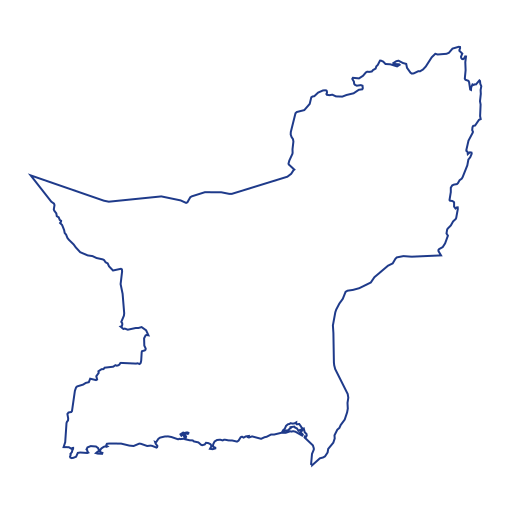 SVG path tracing the border of Baluchistan
{"feature_id": "PAK-1108", "entity_name": "Baluchistan", "entity_type": "Province", "adm_level": 1, "iso_a3": "PAK", "parent_name": "Pakistan", "parent_adm1": "", "projection": "natural_earth1", "projection_center": [66.028, 28.477], "detail": "fine", "context": "isolated", "style": "outline", "palette": "blue", "viewbox_px": 512, "rotation_deg": 0, "n_neighbors": 0, "source": "natural_earth", "source_scale": "10m", "svg_char_len": 5950}
<svg xmlns="http://www.w3.org/2000/svg" viewBox="0 0 512 512"><path d="M420.0,71.3L423.0,69.5L425.8,66.5L431.7,57.3L435.3,53.8L437.6,54.5L446.5,53.8L448.9,52.8L452.5,48.6L458.7,46.8L460.0,47.0L460.1,48.1L459.4,50.0L459.4,50.8L462.3,53.6L461.0,56.7L461.2,57.9L462.1,59.0L463.0,59.2L464.0,58.5L465.2,56.4L466.0,56.5L465.3,62.2L465.6,70.2L464.8,78.7L465.5,79.8L468.4,80.8L469.1,82.2L470.2,89.5L471.0,89.9L471.1,87.6L472.5,84.4L473.7,85.0L474.5,84.4L476.0,84.4L479.4,80.4L480.0,81.0L480.3,83.9L481.3,86.2L480.6,90.0L480.8,93.9L480.0,101.2L480.6,104.5L480.1,116.1L480.7,119.1L479.0,119.8L475.1,125.5L473.2,125.9L472.5,127.2L472.2,130.1L472.9,131.6L472.8,132.5L468.5,140.6L466.3,150.2L466.4,150.9L467.5,151.7L467.8,154.1L469.9,152.3L471.5,152.6L471.7,153.7L470.2,157.3L468.4,159.5L467.3,165.4L462.6,177.2L461.7,178.7L459.6,180.2L457.9,183.2L456.9,184.1L453.9,184.6L452.2,185.4L450.8,187.7L450.8,192.1L449.5,200.0L450.0,200.7L452.3,201.0L453.8,201.9L454.1,202.6L454.1,206.6L455.5,208.5L457.0,207.3L457.7,207.3L457.8,209.1L456.2,217.9L455.7,219.0L453.1,221.4L450.8,225.5L447.6,228.7L447.1,229.8L446.5,233.4L447.9,235.7L445.1,243.4L442.7,247.1L439.1,249.1L438.4,250.1L438.5,251.2L441.0,255.4L411.7,256.7L403.4,256.1L396.8,257.4L395.4,258.8L392.7,263.4L388.0,265.7L374.4,277.2L370.8,282.5L359.2,288.2L353.0,289.9L347.5,290.7L345.6,291.8L342.8,298.8L339.4,303.5L336.2,309.6L335.3,312.3L332.9,325.4L333.4,333.1L333.9,362.4L334.2,365.3L335.2,369.1L347.7,394.0L348.3,397.7L347.5,402.9L347.8,408.6L347.1,412.4L344.7,419.6L340.7,425.0L339.4,427.9L337.3,429.7L334.5,435.3L334.7,438.5L333.3,442.7L328.2,448.9L327.6,452.5L325.0,456.4L323.0,457.5L319.9,458.3L312.2,465.2L312.2,464.8L311.1,464.1L312.0,453.9L313.8,449.6L313.8,448.3L312.9,445.4L304.6,437.5L304.9,436.4L306.1,436.7L306.7,435.6L306.5,434.0L304.7,432.2L303.8,428.6L302.9,429.2L302.5,428.4L301.9,428.7L301.2,426.8L299.2,424.0L296.8,424.3L296.1,423.6L296.2,422.4L294.4,423.4L292.7,423.6L290.5,423.2L289.6,423.9L287.9,424.3L286.1,425.8L284.7,428.9L283.3,430.0L282.6,431.2L288.3,430.2L289.7,428.6L290.6,428.3L290.5,427.2L294.3,426.6L295.1,427.6L296.9,428.4L298.5,430.8L300.1,429.9L301.1,430.1L301.9,430.8L300.2,432.4L302.2,433.8L302.8,434.7L302.2,435.6L295.4,431.7L293.1,431.2L291.5,431.6L290.2,431.3L285.7,432.8L281.3,432.8L274.3,434.5L271.1,434.5L266.6,436.8L264.6,437.2L261.1,438.8L252.1,436.4L248.9,437.5L248.0,437.2L248.6,436.0L245.8,436.4L243.6,437.6L242.0,436.7L240.7,437.2L238.5,440.7L237.0,441.6L232.3,440.5L228.5,440.4L225.6,439.8L224.1,439.7L222.7,440.4L220.1,439.7L217.0,440.0L214.6,441.5L213.3,444.0L213.0,445.5L213.3,446.8L215.3,447.7L215.3,448.4L212.6,449.2L210.0,448.8L211.3,446.5L211.3,445.5L210.5,444.2L208.3,443.1L206.0,442.8L204.7,444.5L202.2,445.2L201.1,444.8L198.4,442.4L193.8,441.4L192.7,440.4L189.8,440.3L185.4,439.3L186.1,436.4L184.9,435.3L184.9,434.0L186.0,433.6L187.7,433.9L188.2,433.7L188.4,432.8L187.1,432.4L183.6,433.1L183.1,432.6L179.7,434.8L180.7,434.4L181.4,435.7L182.6,434.6L183.2,434.6L184.7,437.6L183.8,438.8L180.2,439.1L179.4,438.8L178.1,439.3L171.4,437.0L168.1,436.4L164.8,436.5L160.1,437.6L158.4,438.8L156.3,441.9L155.8,442.3L155.1,442.0L155.7,443.7L157.4,446.0L157.1,447.2L156.5,447.6L152.2,445.9L150.6,445.6L147.2,446.0L140.9,443.8L139.3,443.6L133.6,446.0L129.4,445.6L121.1,443.6L109.3,443.5L106.9,443.8L106.3,445.0L106.4,445.8L107.4,446.4L106.5,446.8L105.2,446.4L103.8,446.8L101.4,448.4L100.3,449.8L100.1,451.6L100.7,452.3L102.4,452.9L102.1,453.8L97.7,453.6L96.0,453.1L97.7,451.6L98.9,451.3L99.1,450.6L98.1,448.1L96.0,446.5L90.7,446.1L87.5,447.4L86.5,449.4L87.2,450.1L87.4,451.4L88.3,452.6L87.3,453.0L80.2,452.5L77.8,452.9L76.1,456.7L73.4,457.8L71.6,458.1L70.4,457.6L70.0,456.7L70.7,454.8L70.4,454.0L71.9,452.1L72.3,450.4L73.1,448.8L73.1,447.9L72.3,448.0L71.5,448.8L68.8,447.2L63.6,447.1L65.2,442.2L66.5,423.1L67.0,421.7L68.0,420.5L68.2,418.5L67.4,414.0L68.5,412.5L71.3,412.0L72.0,411.0L74.9,390.8L76.1,387.4L77.2,386.4L83.1,384.6L85.8,382.9L88.8,382.2L90.2,378.7L96.0,380.1L97.1,379.5L96.3,376.2L98.7,372.9L98.4,371.3L101.5,369.2L103.5,369.1L104.6,367.7L113.2,366.7L115.4,365.2L116.8,365.7L118.3,365.3L119.4,364.6L120.3,363.1L120.8,362.9L136.1,363.6L137.5,363.3L139.6,364.0L140.7,362.9L141.2,360.6L141.7,352.1L142.0,351.2L144.8,350.4L145.5,349.7L145.7,348.6L144.3,345.6L144.1,338.3L145.6,335.4L146.5,335.0L148.4,335.3L146.1,330.3L141.6,327.1L138.4,328.0L135.7,328.0L127.8,329.7L124.8,328.6L123.4,329.0L120.6,326.6L121.8,326.2L122.3,324.7L122.2,323.1L121.3,321.9L123.9,315.7L124.2,313.3L122.6,293.8L120.6,284.1L122.1,271.5L121.9,269.4L120.9,268.8L113.0,270.5L109.0,266.3L107.7,263.4L105.6,262.3L104.1,260.1L102.8,259.4L96.5,258.0L92.5,256.1L87.7,255.4L80.2,252.2L75.7,247.3L73.7,244.5L68.8,239.7L67.4,237.9L66.1,234.6L64.7,233.0L64.1,230.0L62.1,225.0L60.1,223.0L61.0,221.8L61.1,220.8L59.8,220.0L58.7,217.3L56.8,216.2L56.3,213.4L54.2,210.6L53.8,209.4L54.5,205.1L54.0,203.6L51.3,201.7L30.7,175.4L103.9,200.7L108.8,201.7L161.3,196.4L180.6,200.4L186.1,202.9L187.4,202.3L190.3,197.2L191.9,196.3L204.9,192.2L221.4,192.3L229.4,193.9L231.7,193.9L287.4,176.7L291.2,173.8L293.5,170.2L294.3,169.6L288.8,164.5L288.5,163.7L289.3,160.6L292.4,153.9L292.6,152.8L292.5,149.3L293.4,141.6L293.0,139.2L291.5,136.9L290.7,134.5L290.8,132.0L295.5,113.2L296.8,112.0L304.3,110.1L309.7,103.9L311.3,97.3L312.5,96.5L314.3,96.2L318.1,92.6L323.1,90.4L325.9,90.3L326.6,90.7L326.9,91.5L327.0,92.8L326.4,94.0L326.9,94.8L329.5,95.2L332.3,94.7L336.0,96.4L342.3,96.6L346.5,95.0L353.6,93.3L358.8,89.8L362.3,89.3L362.8,88.2L362.5,85.7L360.8,85.1L356.8,85.7L354.9,84.8L354.2,83.9L353.9,81.6L352.3,78.9L352.9,77.8L359.0,78.4L363.0,75.8L365.9,72.4L367.2,71.7L369.3,71.9L371.8,71.5L373.1,70.0L375.6,68.6L376.3,66.4L377.8,64.9L380.0,60.6L380.9,60.6L383.2,61.6L385.5,64.0L390.3,64.3L397.1,66.4L399.6,64.8L399.1,64.3L394.3,64.0L393.5,63.6L393.3,63.1L396.3,61.2L398.5,60.7L402.9,63.0L406.2,63.9L407.0,67.8L410.5,72.7L411.8,73.6L413.7,73.4L418.3,71.2L420.0,71.3Z" fill="none" stroke="#1e3a8a" stroke-width="2"/></svg>